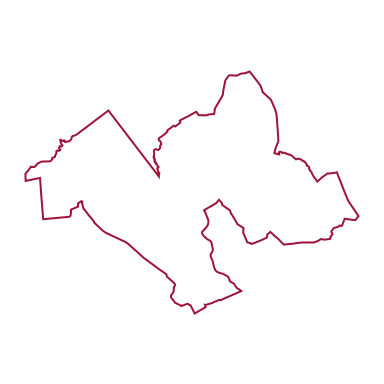 outline of Vecates pag., Burtnieku, Latvia, rotated 181°
{"feature_id": "27541924B99627900345565", "entity_name": "Vecates pag.", "entity_type": "district", "adm_level": 2, "iso_a3": "LVA", "parent_name": "Latvia", "parent_adm1": "Burtnieku", "projection": "albers", "projection_center": [25.143, 57.793], "detail": "fine", "context": "isolated", "style": "outline", "palette": "rose", "viewbox_px": 384, "rotation_deg": 181, "n_neighbors": 0, "source": "geoboundaries", "source_scale": "gbopen_adm2", "svg_char_len": 5922}
<svg xmlns="http://www.w3.org/2000/svg" viewBox="0 0 384 384"><g transform="rotate(181 192 192)"><path d="M25.2,170.9L34.3,184.0L35.7,186.0L39.1,193.8L42.7,202.5L43.1,203.5L47.5,214.2L50.0,213.6L54.2,213.0L57.0,212.9L59.0,211.2L61.5,209.6L66.9,204.6L69.2,207.9L70.2,208.9L71.6,211.1L73.1,214.2L74.5,215.7L74.8,216.6L75.3,217.0L75.2,217.8L75.2,218.6L75.7,219.3L76.1,219.7L77.7,220.3L77.8,220.4L77.7,221.5L78.0,222.0L79.3,223.5L80.2,224.5L80.9,224.6L81.2,225.0L82.4,225.3L83.3,226.4L84.7,226.8L85.2,226.7L85.9,227.1L86.6,227.3L87.0,227.2L87.5,226.7L88.6,226.4L89.0,226.8L91.5,228.8L92.5,229.9L93.6,230.4L94.9,231.2L95.7,231.0L96.7,231.5L97.6,231.5L98.2,232.1L99.0,232.1L100.2,232.9L101.5,232.7L102.3,232.9L102.6,232.7L102.9,232.7L103.2,233.2L103.4,233.5L103.7,233.7L104.6,233.8L105.2,233.7L105.5,233.5L105.6,233.2L105.8,232.7L105.5,231.1L108.2,231.7L110.3,232.4L109.5,236.2L106.5,244.6L106.7,246.5L106.9,250.2L108.9,271.5L109.7,273.8L110.4,276.0L110.9,277.3L112.9,281.7L114.5,285.3L115.2,286.1L119.1,289.6L122.4,292.5L122.9,292.8L122.9,293.0L125.5,299.8L133.0,309.2L136.5,313.5L140.9,311.7L143.9,311.4L145.3,311.1L149.1,309.2L149.8,309.1L155.0,309.4L156.9,309.2L157.2,309.0L157.6,308.5L159.6,305.7L160.6,304.1L162.4,294.5L162.9,289.6L164.6,286.2L165.7,284.4L170.5,275.9L171.2,270.4L176.2,269.9L178.9,268.9L186.6,268.9L189.2,272.3L198.5,266.9L200.0,266.3L202.1,265.0L202.7,264.8L205.5,263.2L204.8,261.3L206.9,259.5L210.1,257.2L211.4,258.0L211.7,258.0L214.0,255.9L217.8,253.2L217.6,251.9L221.2,248.6L225.9,245.3L226.2,243.9L226.1,243.3L225.3,242.7L225.0,242.6L224.5,242.0L224.1,241.3L224.1,240.6L223.5,239.4L223.7,239.1L224.1,238.7L224.1,238.4L224.1,238.2L224.4,237.9L224.4,237.6L224.7,237.3L224.7,235.3L225.5,234.3L226.3,233.4L229.1,234.2L230.3,233.6L230.7,232.2L230.5,230.3L230.6,227.7L231.1,226.2L230.9,225.9L230.5,225.9L230.5,225.6L230.3,225.1L230.3,224.8L230.2,224.4L230.1,223.9L230.2,223.7L230.0,223.4L229.7,223.5L229.7,223.4L230.1,222.7L230.1,222.3L229.8,222.0L229.6,221.3L229.4,221.1L229.1,221.2L228.7,221.0L228.7,220.9L229.1,220.6L228.6,220.2L228.6,219.7L228.4,219.4L228.1,219.4L228.1,219.2L227.9,219.0L227.2,218.3L227.1,217.9L226.9,217.6L226.7,217.0L226.5,216.3L226.4,216.3L226.3,216.6L226.2,216.7L225.9,216.5L225.9,216.2L225.9,215.9L227.1,215.1L227.1,214.9L226.7,213.5L226.6,212.7L226.3,212.2L226.2,211.8L225.9,211.6L225.7,211.3L225.8,211.1L226.0,211.1L226.0,210.7L225.9,210.6L225.5,210.6L225.1,210.3L225.0,210.2L225.4,209.5L225.8,209.4L226.0,209.0L225.8,208.7L225.7,208.6L225.8,208.4L225.4,208.2L225.5,208.0L225.5,207.6L225.4,207.6L225.4,206.9L277.0,272.0L308.4,247.4L309.5,246.9L310.7,246.2L311.1,246.1L312.2,246.0L312.4,245.9L312.7,245.5L313.1,244.8L313.6,243.0L313.8,242.5L315.1,240.9L315.4,240.6L315.8,240.5L318.4,240.1L319.6,239.7L319.8,239.8L320.0,240.1L320.1,240.9L320.4,241.3L320.6,241.4L321.0,241.3L321.8,240.6L322.2,240.6L322.7,241.1L323.7,241.5L324.2,241.8L324.3,241.9L324.7,241.7L324.2,240.0L323.9,238.2L323.7,237.8L323.2,237.5L323.0,237.3L322.6,236.6L322.3,236.2L322.7,235.7L323.0,235.5L323.9,235.1L324.3,235.1L324.9,235.5L325.1,235.5L325.2,235.3L325.3,234.5L325.5,234.2L325.8,233.8L325.8,233.5L325.3,232.7L324.7,232.4L324.4,232.1L324.4,231.7L324.8,231.3L326.0,230.8L326.6,230.9L327.1,231.1L327.9,230.9L328.3,230.6L328.4,229.9L328.2,229.2L328.3,228.5L329.0,226.8L329.6,225.9L329.5,225.1L329.7,224.8L331.0,224.1L332.4,223.5L332.4,223.3L332.3,222.2L334.3,220.2L342.7,219.8L346.5,218.1L348.6,215.6L349.7,214.4L353.2,214.1L353.5,214.4L353.8,213.8L354.2,213.4L354.9,212.4L358.9,207.2L358.5,200.2L344.2,203.4L343.2,192.5L343.3,192.5L340.3,162.2L314.0,165.1L313.1,166.0L312.8,167.7L312.6,172.3L305.6,175.4L305.8,178.6L302.5,180.9L301.7,180.6L301.5,180.4L301.6,180.2L301.8,179.5L301.8,178.9L301.6,178.1L301.2,177.2L300.6,174.7L300.1,173.2L299.2,172.6L296.2,168.7L295.5,167.9L295.4,167.6L294.5,166.5L293.9,166.1L289.2,160.3L289.2,160.1L289.2,159.7L281.5,152.5L277.1,149.5L275.0,148.7L274.5,148.4L274.4,148.5L274.1,148.3L274.2,148.2L257.7,140.9L255.1,139.2L248.2,133.2L247.9,133.1L239.4,125.5L224.5,114.9L216.8,109.7L216.3,109.5L216.2,109.3L215.6,107.0L207.7,100.1L207.6,99.8L207.4,98.2L208.3,96.9L208.7,91.9L211.2,88.1L211.2,86.5L211.1,86.3L206.9,80.9L203.9,79.6L201.4,78.3L201.1,78.3L201.0,78.0L200.8,77.8L196.2,79.5L194.8,80.2L194.5,80.2L193.2,79.5L193.1,79.3L191.5,78.7L188.3,72.7L187.5,71.1L187.3,70.5L176.3,77.2L177.1,79.4L176.7,79.3L176.1,79.4L170.5,81.2L169.4,81.6L168.1,82.4L165.2,83.5L163.8,84.3L162.5,84.5L161.2,84.3L161.1,84.6L141.0,93.8L142.2,94.8L143.7,95.8L144.8,96.4L145.6,97.0L146.9,98.7L148.3,100.9L150.0,102.0L151.0,102.4L151.8,102.9L152.4,103.3L152.8,103.8L153.3,105.6L153.7,106.5L154.4,107.7L155.0,108.3L159.4,110.6L161.1,111.1L163.1,111.6L165.6,112.6L166.1,113.0L167.1,114.0L167.5,114.6L167.9,115.5L168.5,116.9L168.9,118.2L170.0,122.7L170.7,124.6L172.1,127.7L172.2,128.3L172.3,129.1L172.3,129.6L172.2,130.0L171.9,130.7L170.8,132.2L170.4,133.5L170.2,134.6L170.3,135.7L171.5,141.1L171.7,141.7L172.3,142.8L172.6,143.2L173.1,143.6L176.1,145.2L177.9,146.9L179.0,147.7L179.8,148.6L180.4,149.5L181.1,150.8L181.2,151.6L181.2,151.9L181.0,152.5L178.3,155.5L177.0,157.0L175.7,159.2L175.3,160.3L175.1,161.7L175.1,162.6L175.2,164.0L175.6,165.1L178.0,170.9L178.7,172.4L179.7,173.8L179.6,174.0L167.5,181.4L165.0,184.7L162.1,181.8L161.6,179.6L153.5,174.1L153.0,171.9L149.5,166.6L147.7,163.5L146.9,162.1L146.2,160.8L139.8,156.8L140.2,152.6L135.9,142.7L132.8,141.9L132.0,141.1L129.7,141.7L121.9,145.0L116.5,147.6L115.9,150.9L113.0,153.5L107.5,148.5L106.3,147.8L104.9,146.6L100.7,142.3L99.2,141.0L92.7,141.8L90.1,142.0L87.3,142.7L80.1,143.5L71.3,143.6L69.2,143.7L65.6,145.1L62.2,147.2L58.6,146.6L57.2,146.9L53.1,147.5L52.6,149.2L52.8,149.5L50.7,152.3L51.0,153.0L52.0,154.4L52.1,154.6L51.9,155.3L49.8,158.1L48.9,158.6L47.7,159.1L45.4,159.7L43.9,161.0L42.5,160.9L42.2,160.6L41.5,160.9L41.2,161.5L38.9,167.9L28.5,166.7L28.1,166.8L25.1,170.8L25.2,170.9Z" fill="none" stroke="#9f1239" stroke-width="2"/></g></svg>